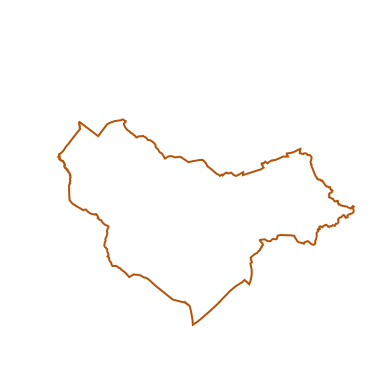 outline of Mueang Lop Buri, Lop Buri, Thailand, rotated 224°
{"feature_id": "78962969B19058811012170", "entity_name": "Mueang Lop Buri", "entity_type": "district", "adm_level": 2, "iso_a3": "THA", "parent_name": "Thailand", "parent_adm1": "Lop Buri", "projection": "orthographic", "projection_center": [100.688, 14.804], "detail": "fine", "context": "isolated", "style": "outline", "palette": "amber", "viewbox_px": 384, "rotation_deg": 224, "n_neighbors": 0, "source": "geoboundaries", "source_scale": "gbopen_adm2", "svg_char_len": 5984}
<svg xmlns="http://www.w3.org/2000/svg" viewBox="0 0 384 384"><g transform="rotate(224 192 192)"><path d="M99.2,97.1L98.0,102.3L97.4,107.2L96.4,118.4L95.8,129.4L95.8,130.9L96.0,131.5L95.7,131.8L95.9,136.0L95.9,147.2L95.1,154.6L93.2,162.1L93.1,165.3L86.7,165.4L88.9,170.1L92.2,174.7L94.8,177.3L100.3,181.1L100.1,183.1L100.8,183.6L102.1,183.9L102.8,184.6L103.4,184.7L104.1,185.4L104.2,185.8L104.0,186.3L104.2,187.4L103.9,189.1L103.7,191.2L102.7,193.3L103.1,195.3L102.8,197.1L103.1,197.8L103.1,198.4L103.3,198.4L103.3,199.0L103.5,199.1L103.5,200.7L103.9,200.8L104.2,201.8L104.0,202.8L104.4,203.4L105.7,203.9L108.2,204.0L109.5,204.2L109.8,204.7L107.0,208.4L104.8,209.0L103.7,209.0L101.6,210.8L101.4,211.7L101.5,213.3L101.1,214.4L100.8,214.8L99.0,216.0L98.5,216.7L98.6,217.6L99.8,219.4L100.0,220.4L99.5,220.7L98.7,222.3L91.0,229.3L88.1,231.5L86.2,230.8L81.8,229.8L81.0,229.8L80.2,230.1L77.9,231.5L75.6,232.5L76.2,233.7L74.7,237.0L73.6,237.3L71.5,237.3L69.8,237.5L68.1,238.2L67.4,239.5L67.4,240.4L67.9,241.0L69.3,242.3L70.1,244.5L71.6,246.9L73.9,249.0L74.0,249.5L74.0,251.6L74.4,252.0L75.4,252.1L75.6,252.6L75.3,253.2L74.3,253.6L74.2,254.0L74.6,254.4L75.8,254.8L76.2,255.5L76.1,256.1L75.6,256.7L74.2,256.9L73.8,257.1L73.8,258.7L73.3,260.7L72.9,261.0L72.6,261.6L71.9,261.8L70.8,261.7L70.2,262.0L69.8,261.7L69.2,262.1L68.7,263.4L68.1,264.0L67.8,264.7L67.8,265.8L65.8,266.9L66.5,269.0L65.6,269.9L65.6,271.9L66.5,273.0L67.2,273.2L67.8,273.6L68.1,275.9L67.0,277.7L67.2,280.3L67.0,280.6L66.0,281.1L64.6,280.4L63.5,280.2L63.3,280.4L62.6,282.2L63.2,282.5L63.6,282.8L63.8,284.3L62.2,287.5L61.8,289.0L61.9,289.7L62.5,290.7L65.2,292.5L65.5,293.2L65.5,293.9L66.1,293.9L66.6,293.4L66.5,292.7L66.1,291.6L66.2,290.4L67.2,290.2L68.9,289.4L70.8,288.9L74.6,286.3L75.6,285.8L76.7,285.9L77.3,285.6L77.6,284.9L79.4,285.5L80.6,286.8L81.1,286.8L81.5,286.5L81.9,285.1L82.5,284.9L82.9,284.5L84.1,284.5L85.5,285.0L85.6,284.8L88.6,284.0L89.8,283.4L90.8,285.1L91.1,285.2L91.7,285.2L91.9,285.4L92.1,286.9L91.3,289.0L91.8,290.5L92.5,290.3L93.3,290.7L93.6,290.5L93.8,290.1L94.0,290.1L96.2,291.3L96.6,290.6L98.3,290.2L98.8,289.4L100.3,289.5L100.5,289.4L106.4,290.7L106.7,290.5L106.7,290.0L107.0,289.8L107.6,289.7L108.3,289.9L109.2,289.0L109.9,289.0L110.8,288.4L112.0,289.0L113.9,289.2L119.1,291.4L120.8,292.3L123.6,293.4L124.3,294.0L125.3,294.3L125.2,294.8L127.5,295.7L129.4,299.4L129.8,299.8L131.0,300.3L132.1,300.4L133.2,300.3L133.4,299.9L134.6,298.8L136.0,299.2L136.4,299.2L138.2,297.8L138.3,296.6L141.4,294.8L141.6,294.9L144.0,298.3L145.4,295.1L146.1,292.6L147.6,289.4L150.6,285.5L150.2,285.0L147.6,284.2L149.3,282.3L150.5,281.4L151.5,280.1L152.0,278.3L153.7,274.3L154.5,272.8L156.3,270.1L156.5,270.2L156.8,269.6L157.5,266.8L157.6,265.1L160.4,264.7L160.3,263.3L160.5,262.1L160.9,262.2L161.7,260.8L160.1,260.0L157.4,259.3L157.9,257.9L158.0,256.8L157.9,256.7L167.1,239.6L169.0,241.8L170.7,235.9L171.6,234.1L173.4,233.2L177.2,233.2L178.1,231.4L179.2,230.2L180.8,229.9L181.1,228.9L181.4,226.6L181.3,225.2L182.2,225.1L182.5,225.3L182.7,225.2L183.1,223.0L184.8,222.9L187.1,222.1L188.1,222.2L190.8,221.9L192.0,222.0L192.4,221.8L193.6,221.9L194.9,221.6L196.6,221.6L198.4,221.2L202.5,222.5L206.6,222.5L208.6,220.5L212.5,215.2L215.3,211.0L223.8,209.5L224.7,209.2L225.7,208.4L226.6,207.0L228.1,205.3L228.6,204.9L231.5,203.7L233.3,201.8L233.7,201.0L234.7,197.3L240.2,198.8L242.9,198.2L246.4,199.1L247.7,199.1L248.4,198.9L249.3,199.0L250.8,200.4L251.5,200.7L254.0,200.8L256.3,200.6L258.1,200.1L260.0,198.8L262.8,199.3L264.3,198.6L266.3,198.3L267.0,197.1L268.8,195.3L269.8,192.7L270.1,192.5L272.3,192.9L273.6,192.5L275.4,192.7L276.9,191.9L278.6,192.2L281.6,191.7L284.7,192.1L288.0,193.3L288.5,194.0L288.5,196.2L288.9,196.9L289.7,196.5L291.9,196.3L292.5,195.7L293.0,194.1L295.3,191.4L297.3,188.5L299.2,184.7L300.1,181.5L298.3,167.0L322.2,164.2L321.8,164.1L321.6,163.4L321.1,163.4L320.7,162.9L320.4,163.1L320.0,162.8L319.5,161.9L319.1,161.5L318.3,161.5L318.2,161.1L317.7,160.7L317.6,160.2L317.0,159.8L316.6,159.8L316.5,159.3L316.2,159.2L315.9,154.5L314.3,140.3L314.1,136.5L313.4,133.6L313.2,131.6L313.4,127.8L313.9,126.9L313.6,126.5L313.1,126.5L312.6,125.7L312.4,125.7L312.7,124.8L311.7,124.9L311.7,124.2L311.2,124.3L310.8,124.0L310.3,124.3L310.0,123.6L309.1,123.9L308.7,123.5L308.4,123.8L307.9,123.7L307.8,124.0L307.1,124.4L306.4,124.3L306.2,124.6L305.8,124.3L305.3,124.4L304.5,123.9L304.1,124.2L302.9,123.5L302.5,123.5L302.1,123.0L302.3,122.5L302.0,122.3L302.1,122.1L301.9,121.8L301.3,121.8L300.8,121.2L299.8,121.5L299.7,121.3L299.3,121.5L298.7,121.6L298.1,121.1L297.9,121.6L297.6,121.5L297.1,121.6L296.5,121.0L296.2,121.0L295.9,120.7L295.3,121.1L294.8,120.8L294.8,120.6L293.9,120.7L293.4,120.3L293.0,120.4L292.9,120.2L291.8,119.9L291.3,119.5L291.3,119.1L290.6,119.1L290.6,118.7L289.7,118.3L289.4,117.5L288.9,117.1L288.9,116.6L287.6,115.8L287.0,115.3L286.9,114.7L286.3,113.5L285.5,113.4L285.4,112.1L284.9,111.2L278.8,105.1L274.4,101.1L273.8,101.2L273.0,100.9L270.1,100.6L264.0,101.8L259.5,103.0L258.2,103.1L257.7,103.5L256.2,105.7L253.4,105.5L250.5,105.8L246.5,108.0L246.0,108.5L245.9,109.3L245.6,109.5L245.2,109.3L245.2,109.0L244.7,109.1L244.6,109.4L244.2,109.5L243.6,109.2L243.0,109.1L242.0,108.6L241.9,107.8L241.5,107.6L240.6,108.0L239.5,107.7L237.9,108.6L234.9,107.9L233.1,107.9L230.4,108.4L229.2,109.2L228.7,109.3L228.1,109.1L227.6,108.6L226.9,106.2L225.9,104.6L224.5,103.8L223.1,102.0L221.7,98.0L220.2,96.9L219.9,95.3L218.9,94.3L218.4,93.1L217.9,92.6L216.5,91.9L214.3,92.1L213.4,91.9L211.6,90.4L208.5,88.9L208.0,88.2L208.0,87.0L206.0,87.3L205.0,86.1L203.5,85.2L201.4,85.1L199.2,83.8L197.9,83.6L197.6,83.7L195.9,85.5L194.7,86.3L193.4,86.6L191.7,86.6L190.7,87.2L188.5,87.1L184.0,87.7L178.2,87.2L177.9,87.5L177.3,90.2L176.5,92.5L174.7,93.5L173.9,94.5L172.5,95.5L170.2,96.5L167.4,97.1L166.0,98.0L164.8,98.5L162.6,99.0L153.5,99.2L131.3,101.2L123.6,105.5L120.9,107.3L120.1,107.5L120.3,108.0L117.3,107.9L117.3,108.2L115.0,108.5L114.0,108.1L109.7,105.4L102.6,100.2L99.2,97.1Z" fill="none" stroke="#b45309" stroke-width="2"/></g></svg>